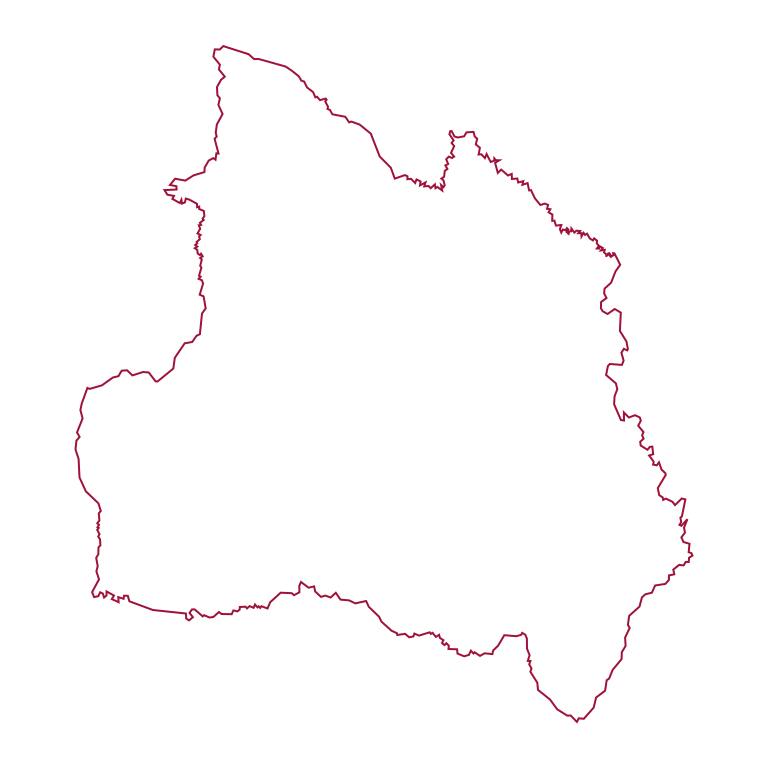 Sumedang, Jawa Barat, Indonesia (Robinson projection)
{"feature_id": "22746128B19624873108228", "entity_name": "Sumedang", "entity_type": "district", "adm_level": 2, "iso_a3": "IDN", "parent_name": "Indonesia", "parent_adm1": "Jawa Barat", "projection": "robinson", "projection_center": [107.99, -6.81], "detail": "fine", "context": "isolated", "style": "outline", "palette": "rose", "viewbox_px": 768, "rotation_deg": 0, "n_neighbors": 0, "source": "geoboundaries", "source_scale": "gbopen_adm2", "svg_char_len": 6071}
<svg xmlns="http://www.w3.org/2000/svg" viewBox="0 0 768 768"><path d="M299.4,592.3L299.3,585.8L301.0,582.0L308.6,587.7L314.1,586.4L315.2,591.5L321.0,596.9L325.3,595.6L330.7,597.5L335.8,592.8L340.5,599.6L349.2,600.4L355.3,603.4L366.1,601.0L368.8,606.8L379.1,616.7L381.4,621.6L391.5,630.7L396.9,633.2L397.3,635.0L405.1,633.8L409.2,637.3L413.4,636.4L414.4,633.6L419.0,635.6L429.7,632.3L430.8,633.9L432.5,632.8L435.9,636.9L439.1,634.8L439.9,637.9L443.4,640.2L442.0,643.0L444.5,645.1L446.4,643.2L448.8,645.7L448.5,649.0L457.1,649.3L457.5,653.6L464.2,656.3L468.9,654.9L470.9,650.7L473.5,653.5L474.7,652.3L480.0,655.9L484.6,653.3L492.4,654.1L493.2,650.4L498.1,645.7L504.3,635.2L516.4,636.2L521.2,634.8L522.2,632.9L525.3,634.7L526.9,638.6L527.0,648.7L529.6,655.2L527.8,660.9L530.4,661.0L529.2,664.3L531.5,668.5L530.4,671.8L537.3,682.7L538.0,689.9L549.9,699.4L557.3,709.4L567.2,715.6L570.7,715.5L576.9,721.9L578.8,718.3L583.8,718.8L593.7,707.6L596.1,697.5L605.1,690.7L606.7,680.2L609.1,678.6L612.7,669.8L621.6,659.1L621.8,652.2L625.6,645.9L625.1,637.6L629.7,627.9L627.9,624.9L629.2,615.8L639.5,606.6L641.9,597.5L645.3,594.3L651.9,592.7L655.1,585.5L665.4,583.9L668.9,579.9L669.0,575.4L674.3,574.3L673.3,569.6L679.1,564.9L683.6,565.4L685.8,561.9L688.7,562.0L689.1,557.7L692.5,555.6L691.5,553.2L688.7,552.2L689.5,543.8L683.5,542.0L681.4,537.4L685.0,532.5L684.0,527.7L687.4,519.2L681.4,525.8L679.5,524.9L681.2,522.1L680.4,517.7L681.9,516.4L685.4,499.4L681.8,498.5L675.0,505.1L672.5,501.8L665.9,498.6L663.2,499.9L662.7,497.4L659.2,495.1L657.8,488.1L665.7,475.0L665.4,473.2L661.5,469.6L659.0,462.3L656.8,465.3L653.1,464.6L653.7,461.7L649.1,455.5L653.2,454.2L652.3,446.6L649.8,446.9L647.5,449.8L640.7,445.5L640.2,441.8L643.6,438.7L642.1,435.3L643.5,432.1L638.2,425.7L640.8,420.7L639.9,417.5L635.0,415.2L628.9,417.5L623.9,412.5L624.0,420.5L620.9,420.0L614.1,404.2L614.6,396.1L617.3,389.2L615.9,383.4L606.1,375.0L607.9,366.1L609.8,364.0L621.9,364.9L623.6,360.6L621.4,352.7L623.9,348.8L627.2,350.4L627.9,349.1L626.5,341.6L619.9,330.9L620.8,312.6L614.7,309.0L607.6,314.0L602.6,311.2L600.9,308.2L601.1,302.0L606.5,298.0L604.1,293.3L604.6,288.6L611.1,282.7L615.5,271.4L620.2,264.8L614.4,253.3L613.1,253.2L613.4,255.2L611.6,256.4L608.8,252.5L609.5,255.4L608.0,253.8L606.2,256.7L606.4,254.5L604.1,252.4L604.7,249.9L600.9,250.5L602.8,248.0L599.6,246.2L599.2,248.6L596.9,248.5L598.9,245.8L596.8,243.4L597.0,240.7L594.2,238.4L592.9,240.4L589.7,238.4L587.1,233.7L585.1,234.9L583.5,232.8L581.5,236.4L581.3,233.2L578.3,233.2L580.1,231.0L576.3,230.7L574.4,232.6L571.4,228.5L571.2,231.3L569.2,231.4L568.6,233.8L566.6,232.0L568.3,229.5L566.9,228.1L565.6,230.3L562.9,229.5L561.3,232.6L559.9,229.2L561.3,225.0L556.0,225.6L554.4,220.7L552.2,220.8L552.4,214.6L548.6,212.3L550.3,209.2L547.0,208.8L548.1,204.9L544.9,203.6L540.4,205.0L534.9,198.3L531.0,190.1L529.1,190.4L527.6,183.1L522.4,184.8L523.3,181.2L518.2,182.5L517.3,178.5L511.9,179.0L511.7,173.9L508.0,175.5L501.2,169.6L497.8,172.9L495.1,162.8L499.3,160.3L495.8,160.2L494.3,158.3L494.1,160.7L490.7,162.0L486.6,154.1L484.9,158.1L481.4,154.3L478.6,154.5L479.9,147.8L475.8,144.4L477.2,138.7L474.8,136.6L473.5,131.9L466.4,132.4L464.2,136.3L457.9,137.5L454.5,136.5L451.6,131.1L450.3,131.1L449.4,134.2L453.6,140.4L451.6,143.0L454.2,146.1L451.0,152.9L454.1,156.6L451.9,158.0L448.8,156.6L446.2,159.3L448.2,164.0L445.4,165.4L447.4,169.0L444.8,170.8L444.1,176.7L441.4,178.6L443.5,180.4L444.7,185.2L443.5,187.2L441.1,185.0L442.2,190.5L437.4,187.0L435.5,188.2L434.9,184.4L430.7,188.2L428.6,186.0L424.2,186.4L425.5,182.4L420.0,185.4L420.6,181.5L416.5,179.4L415.2,183.0L411.0,178.8L407.4,179.2L407.5,176.3L404.9,175.1L394.8,178.6L390.8,167.7L379.7,156.5L370.8,133.6L359.5,124.5L351.4,121.6L349.2,122.4L345.3,116.8L332.4,114.3L329.9,109.9L327.5,109.0L328.0,106.7L325.2,101.4L326.6,99.8L325.8,98.6L319.9,100.1L317.1,96.8L315.4,97.4L313.1,92.1L307.1,87.5L304.1,81.5L301.3,80.6L298.8,76.3L292.3,71.1L285.8,66.6L258.7,59.0L254.1,59.1L248.6,54.2L223.3,46.1L219.8,49.5L214.8,49.4L213.4,56.7L219.9,64.7L218.9,69.4L224.8,76.7L221.0,79.8L217.0,87.1L217.4,95.3L219.9,98.3L218.4,104.9L222.6,114.0L216.9,124.4L215.7,132.7L216.7,136.5L214.6,138.8L218.5,153.5L216.4,153.3L215.5,159.7L213.2,158.1L208.7,160.6L204.7,167.5L204.4,172.1L193.5,175.4L185.3,180.6L175.1,178.7L170.0,185.0L176.4,186.2L176.6,189.5L164.5,190.1L167.4,194.7L174.0,195.9L172.4,198.9L179.9,203.1L181.4,199.8L182.0,203.6L184.9,202.4L185.8,198.6L189.3,199.6L197.0,203.8L197.1,207.2L199.2,206.6L199.2,209.0L203.8,210.9L204.4,216.1L202.6,218.6L203.7,220.0L199.9,222.8L201.1,224.9L198.8,225.3L200.2,228.7L197.5,233.5L200.6,235.0L199.1,236.4L199.8,239.2L196.6,242.0L197.2,243.4L195.2,245.0L197.3,246.6L194.8,248.2L197.2,249.7L197.7,253.5L200.0,255.2L201.0,253.7L202.7,256.3L200.2,258.1L201.8,259.5L200.2,265.8L201.4,267.7L199.0,275.8L200.6,276.7L198.6,278.8L201.9,280.3L203.1,283.5L199.7,294.7L203.6,296.4L205.7,308.4L202.0,313.5L199.9,334.2L196.5,335.8L192.2,342.0L184.7,343.3L174.8,357.8L173.3,368.6L157.5,381.5L155.6,381.4L148.8,372.5L143.1,372.0L132.4,375.4L127.1,370.3L121.7,370.7L118.4,376.2L112.9,377.5L102.0,385.3L89.7,388.9L87.4,387.9L81.7,403.7L80.4,410.1L82.6,418.4L77.0,432.5L79.6,436.9L76.4,440.7L75.5,449.4L78.6,459.0L79.5,477.5L85.9,491.4L98.4,503.3L100.8,511.0L98.8,513.3L99.4,520.5L97.3,523.3L99.0,524.9L97.5,527.3L98.7,528.0L97.2,529.8L99.5,534.2L98.2,536.6L100.0,539.2L100.4,545.3L98.5,547.3L98.3,554.3L96.2,557.9L97.7,566.1L96.4,571.3L99.0,579.4L92.1,592.1L94.1,597.1L98.3,596.2L100.2,592.3L102.8,593.5L104.1,597.5L106.5,595.5L106.6,591.5L114.0,595.5L111.8,599.1L118.6,602.2L118.3,597.1L123.6,598.8L124.1,595.7L127.8,595.8L129.4,601.3L152.9,610.0L185.9,613.5L186.2,618.5L189.0,620.4L192.9,617.2L189.5,612.9L192.0,609.4L194.7,609.4L202.7,616.4L204.1,615.2L209.5,617.5L213.3,617.0L219.0,612.0L221.5,614.0L231.7,614.2L233.4,610.4L237.4,611.4L239.7,609.6L239.8,607.0L245.5,606.7L247.0,608.4L249.6,606.1L253.6,607.8L255.0,604.5L257.5,607.4L258.6,606.3L260.2,607.9L261.4,606.2L267.5,608.5L270.2,602.2L280.7,592.7L291.8,593.2L294.0,595.2L299.4,592.3Z" fill="none" stroke="#9f1239" stroke-width="2"/></svg>